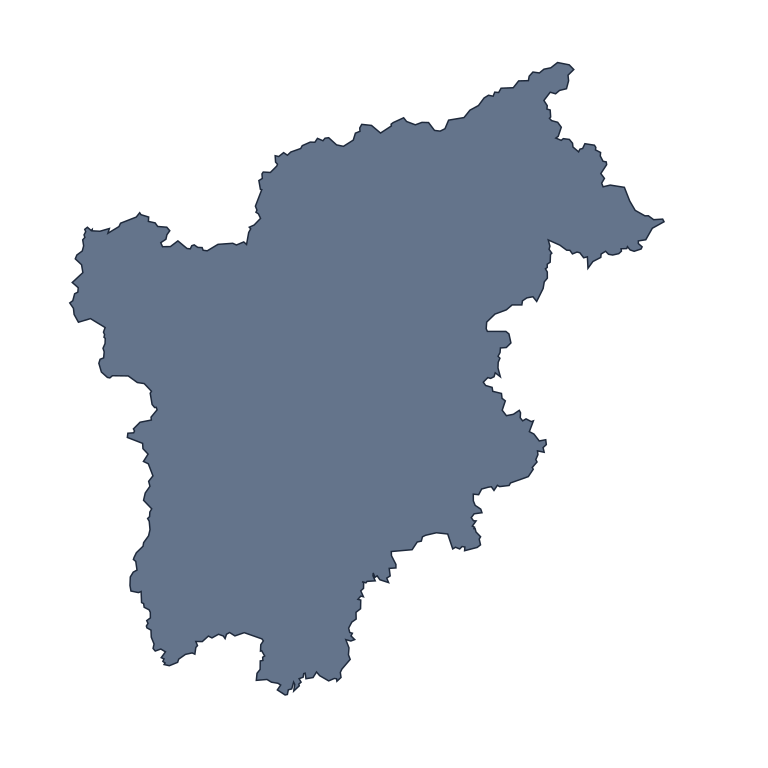 outline of Trentino-Alto Adige, Bozen, Italy, rotated 352°
{"feature_id": "23120603B10307341449000", "entity_name": "Trentino-Alto Adige", "entity_type": "district", "adm_level": 2, "iso_a3": "ITA", "parent_name": "Italy", "parent_adm1": "Bozen", "projection": "mercator", "projection_center": [11.286, 46.382], "detail": "fine", "context": "isolated", "style": "filled", "palette": "slate", "viewbox_px": 768, "rotation_deg": 352, "n_neighbors": 0, "source": "geoboundaries", "source_scale": "gbopen_adm2", "svg_char_len": 6152}
<svg xmlns="http://www.w3.org/2000/svg" viewBox="0 0 768 768"><g transform="rotate(352 384 384)"><path d="M211.0,610.8L227.6,619.4L228.8,621.6L225.7,625.0L224.5,631.3L225.7,631.1L228.0,636.7L225.8,637.7L225.6,640.9L222.9,641.0L221.6,649.4L218.0,652.8L216.3,659.7L227.0,660.3L231.0,663.6L237.3,665.6L239.8,667.7L235.8,672.1L242.8,678.2L245.1,678.0L246.7,673.5L250.2,673.1L253.0,666.6L253.8,669.0L251.9,675.5L258.1,671.1L257.8,669.4L260.4,667.7L258.9,664.0L263.1,663.1L264.2,659.6L265.7,659.4L265.7,665.0L272.9,664.8L277.1,659.8L279.7,663.9L287.9,670.3L293.7,668.7L296.0,669.3L296.0,671.8L300.6,668.6L300.6,663.5L302.7,660.4L312.2,652.0L311.1,647.2L312.6,640.4L310.6,631.8L315.4,633.9L319.4,633.0L316.3,628.9L318.0,626.4L315.5,625.3L315.0,620.8L319.0,615.3L323.7,612.9L324.5,606.2L329.5,603.3L330.9,594.7L328.2,593.6L331.5,590.8L334.0,591.8L332.2,585.6L335.3,583.5L336.2,578.0L334.9,576.7L338.4,578.4L339.7,577.1L347.9,577.7L346.4,572.4L347.0,569.6L348.1,574.2L350.5,573.0L352.7,577.3L360.9,581.3L359.7,576.6L363.4,574.9L363.5,567.3L370.2,567.8L370.7,564.3L367.5,555.1L367.9,550.9L388.8,552.0L394.9,545.1L399.1,544.8L400.8,540.7L404.1,539.6L415.2,538.6L426.2,541.4L429.1,556.9L432.1,555.6L436.0,557.9L438.7,555.8L441.4,556.7L440.6,560.3L453.6,558.8L457.2,556.7L456.7,550.8L458.4,548.7L454.5,543.3L454.1,539.9L453.0,539.7L453.7,538.4L451.7,537.0L456.1,532.4L453.6,531.9L451.8,528.5L455.2,525.1L463.1,525.1L462.4,521.4L457.4,516.9L456.2,512.2L457.1,505.5L462.3,506.8L466.1,501.6L472.9,500.7L476.0,500.7L478.1,504.7L482.2,500.1L484.2,501.7L493.8,501.9L495.5,499.6L514.0,495.8L519.9,489.2L519.2,487.3L524.7,482.5L523.8,480.0L526.6,475.4L526.7,471.6L533.1,473.9L532.7,469.1L536.3,466.6L536.4,461.7L529.8,462.0L525.5,454.4L521.3,451.4L526.8,441.3L524.6,441.7L519.8,438.3L516.2,439.8L514.2,436.4L515.2,431.5L514.3,428.9L507.9,432.0L500.8,432.4L497.4,426.4L501.8,417.6L498.9,414.6L499.0,409.7L490.7,406.4L490.6,402.4L484.4,399.6L482.6,396.0L487.7,392.1L490.4,393.3L494.0,392.1L495.7,388.4L500.2,393.0L499.1,384.0L500.1,378.4L502.4,374.6L500.8,372.4L503.3,369.0L504.3,364.5L510.2,364.9L515.4,361.0L514.7,351.8L512.0,348.9L493.7,346.3L492.9,343.5L494.3,337.0L503.6,330.2L515.5,327.6L521.9,323.5L531.5,324.9L532.7,320.9L537.4,318.6L543.6,318.3L546.7,323.5L554.9,311.5L556.9,305.2L560.5,301.9L561.3,295.8L559.9,292.4L561.9,291.3L562.3,288.1L565.5,286.5L566.9,278.9L568.4,277.8L566.2,273.6L567.5,270.6L566.7,264.2L577.5,271.0L583.5,276.9L586.7,277.5L588.7,281.4L593.5,280.2L596.2,281.3L599.3,286.8L603.1,286.4L602.1,297.8L607.9,291.8L616.3,288.8L617.1,285.5L621.9,283.4L624.4,286.8L628.4,288.1L634.6,287.6L637.6,285.5L637.6,283.1L643.2,283.7L644.2,281.9L646.4,285.5L650.2,287.4L657.4,286.1L658.7,284.1L655.4,280.3L655.8,277.7L663.3,277.6L671.4,267.1L683.9,262.3L682.9,259.5L673.9,258.8L669.2,254.2L665.8,253.8L656.9,247.0L652.8,237.0L649.4,222.7L635.7,218.5L628.4,219.2L627.5,215.4L630.9,211.1L628.0,205.8L635.0,197.8L635.0,195.0L631.9,193.9L629.9,188.3L630.7,184.9L626.0,181.6L626.7,179.2L625.6,176.8L616.4,174.0L613.5,178.4L610.7,178.7L609.0,181.2L604.1,175.6L604.2,171.8L601.6,167.6L595.7,166.0L593.4,167.4L588.4,164.4L591.0,163.0L595.3,154.4L592.4,149.0L586.6,146.5L584.8,143.9L586.2,142.8L586.7,135.8L583.6,134.4L584.4,131.1L581.8,125.5L589.2,118.2L594.3,120.5L598.7,117.7L605.8,117.0L609.0,109.4L609.2,103.8L615.7,99.0L611.8,93.7L600.6,89.8L593.2,94.1L586.2,94.5L581.2,97.6L574.9,95.8L570.6,99.4L569.2,103.7L559.5,102.6L553.2,108.6L541.1,107.4L538.1,111.3L534.3,110.4L532.1,114.2L527.7,112.6L522.9,114.7L516.3,121.4L507.2,124.8L500.3,131.3L484.7,131.7L479.9,139.7L474.8,141.4L469.3,139.9L464.5,131.3L458.0,130.2L451.1,131.7L442.9,127.2L440.5,123.1L429.5,126.4L427.2,127.7L427.2,129.5L415.5,135.0L407.6,126.2L398.1,123.8L395.6,127.1L395.4,130.4L390.6,131.6L387.5,138.2L376.9,143.0L370.3,140.6L363.5,132.4L359.8,132.4L357.4,134.6L352.3,131.5L349.2,135.0L344.6,134.2L336.2,136.6L334.3,139.2L324.0,141.3L320.2,144.0L316.8,140.9L311.4,144.1L308.0,142.8L307.5,149.2L309.1,151.5L308.2,153.2L300.9,158.7L293.9,157.3L292.4,159.0L292.1,163.5L288.4,165.1L288.7,174.0L290.0,174.5L281.4,190.0L282.4,194.1L281.1,196.1L283.3,198.0L284.8,202.8L277.5,208.5L272.4,210.0L273.6,211.8L271.1,215.1L267.3,226.7L264.9,223.8L257.2,225.8L253.8,223.6L239.0,222.6L227.5,227.5L223.5,226.4L222.9,223.6L218.6,222.8L215.4,219.8L212.9,220.3L211.0,223.2L207.8,222.4L199.8,213.6L191.6,218.2L183.8,217.2L182.6,213.0L188.2,210.3L189.8,206.0L193.2,202.4L190.7,198.5L181.8,196.5L179.8,192.6L173.3,190.2L174.2,185.9L166.9,182.5L165.9,180.4L161.9,184.2L145.5,188.1L143.5,191.2L131.6,196.3L133.7,191.8L123.9,193.2L116.3,191.7L116.6,190.3L115.3,191.2L112.1,187.5L109.2,189.2L109.8,191.7L107.7,194.6L108.2,197.2L105.7,199.3L105.8,205.4L103.7,210.3L97.8,213.5L95.7,217.1L101.1,223.8L101.3,231.8L89.4,240.1L94.6,246.1L93.6,250.4L90.2,251.6L87.4,258.2L84.1,260.0L87.0,265.9L86.8,272.0L90.0,280.3L102.4,278.4L115.7,289.3L113.4,293.6L114.2,296.2L113.2,298.7L114.3,300.0L113.4,305.1L110.7,309.5L111.4,313.2L110.0,319.1L106.3,320.0L104.5,323.8L105.8,332.8L111.0,339.0L113.4,339.8L116.2,338.0L131.8,340.4L139.9,348.2L146.6,350.2L152.7,358.8L151.2,360.6L151.5,372.0L153.6,375.4L155.2,375.4L155.7,378.0L148.7,384.4L148.6,387.3L137.1,387.9L129.6,393.6L130.4,395.8L129.3,397.5L123.5,397.1L122.4,401.2L136.7,409.2L136.3,414.5L140.6,420.6L135.0,427.2L139.5,430.2L142.4,442.8L137.4,447.6L138.0,452.7L132.4,458.7L129.7,465.7L136.6,475.3L134.3,478.2L133.4,482.7L131.2,484.3L132.4,487.3L132.0,495.7L129.7,501.6L123.9,507.6L122.8,511.1L115.3,516.6L112.4,520.9L111.4,522.9L113.5,525.1L113.5,533.9L109.5,535.4L105.9,539.8L104.4,548.2L104.6,553.8L111.8,556.4L114.6,555.7L113.5,566.7L115.4,568.0L115.4,571.7L120.0,575.0L120.8,577.6L120.1,583.1L116.1,585.3L117.0,588.2L115.0,590.6L115.3,592.5L119.0,595.3L118.3,602.3L120.1,609.5L118.5,613.7L120.3,616.6L126.1,615.4L130.3,618.8L125.3,624.0L127.9,625.6L126.4,627.9L128.4,629.8L127.2,631.2L132.2,633.1L140.9,630.9L142.4,627.9L149.8,624.1L156.6,623.6L159.1,625.2L161.0,618.7L162.9,617.1L161.8,612.8L168.2,613.8L175.0,609.2L178.3,611.5L185.3,608.8L189.8,611.2L191.2,614.0L193.2,609.9L196.5,608.6L201.3,612.7L211.0,610.8Z" fill="#64748b" stroke="#1e293b" stroke-width="1.5"/></g></svg>